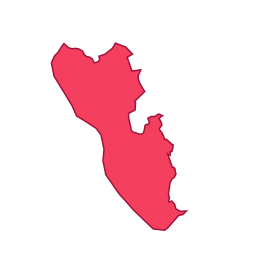 the district of Nkanu East, Enugu, Nigeria, rotated 147°
{"feature_id": "59680162B97802053648263", "entity_name": "Nkanu East", "entity_type": "district", "adm_level": 2, "iso_a3": "NGA", "parent_name": "Nigeria", "parent_adm1": "Enugu", "projection": "albers", "projection_center": [7.631, 6.32], "detail": "fine", "context": "isolated", "style": "filled", "palette": "rose", "viewbox_px": 256, "rotation_deg": 147, "n_neighbors": 0, "source": "geoboundaries", "source_scale": "gbopen_adm2", "svg_char_len": 2157}
<svg xmlns="http://www.w3.org/2000/svg" viewBox="0 0 256 256"><g transform="rotate(147 128 128)"><path d="M102.0,97.6L103.3,98.3L102.8,101.2L102.6,101.9L102.1,105.8L102.6,109.7L100.7,111.1L98.3,111.7L97.5,113.2L96.9,115.8L96.6,119.3L93.5,119.5L92.3,119.5L94.7,123.1L98.8,123.0L100.9,124.1L101.8,124.6L102.8,125.2L103.3,125.1L105.5,125.3L106.1,125.3L106.9,121.7L107.6,120.6L108.5,120.0L111.0,121.1L112.5,120.7L114.4,118.5L116.5,116.5L118.2,115.3L120.3,115.5L122.8,117.8L123.6,119.0L126.4,122.6L126.4,124.7L125.5,126.6L125.4,126.7L125.0,127.5L124.9,128.3L122.5,134.6L122.1,135.7L121.9,135.9L119.8,139.8L119.7,139.9L112.2,139.3L107.8,145.2L108.1,146.7L94.1,149.5L94.1,153.3L93.8,158.3L92.8,163.3L91.0,166.3L85.6,169.8L93.0,173.3L93.7,173.7L93.0,176.1L90.2,187.8L84.0,187.5L85.8,197.1L92.3,206.0L97.6,203.3L107.0,202.4L113.3,204.0L114.0,201.9L115.2,200.4L116.5,199.9L118.4,200.2L120.8,201.1L120.7,203.1L120.3,205.2L121.6,208.4L123.7,210.2L124.8,213.1L124.5,214.1L124.2,217.3L125.9,220.5L126.0,220.6L126.6,221.6L129.2,223.7L130.6,224.3L131.5,224.8L133.1,226.4L134.1,227.6L135.7,233.7L138.7,232.7L143.9,230.3L145.6,229.5L150.4,228.4L153.6,226.4L156.8,224.3L161.8,211.7L162.0,203.8L162.2,197.7L162.3,190.1L162.4,188.9L162.8,176.9L164.6,166.0L161.9,160.6L161.3,159.4L160.0,156.7L157.8,151.8L154.9,145.1L154.4,137.0L154.4,136.6L155.1,135.1L159.7,123.3L166.9,114.0L167.7,112.0L169.5,107.3L172.0,101.0L171.9,96.0L171.7,92.1L171.7,90.1L171.4,80.0L171.1,75.7L170.0,69.9L168.1,56.6L167.4,53.5L164.9,42.7L161.8,29.6L157.6,26.2L153.0,22.3L149.2,22.6L133.1,27.1L129.3,25.6L124.2,26.6L129.4,29.5L130.9,32.3L131.9,34.1L130.4,38.7L131.1,43.0L133.3,43.3L134.1,44.0L131.2,47.0L130.1,50.5L125.7,55.5L122.7,59.1L121.1,60.0L120.2,60.5L119.5,61.0L115.6,61.6L114.8,62.1L112.8,63.3L112.6,63.9L111.7,67.0L111.1,67.3L110.9,68.3L110.8,68.7L110.8,69.2L111.1,69.5L111.0,69.9L111.2,70.4L112.2,70.9L112.1,71.4L111.5,73.6L110.2,78.8L108.9,84.5L108.4,83.2L108.0,83.2L107.5,82.2L105.5,85.1L104.3,84.7L104.2,84.4L103.9,84.5L103.2,85.0L101.0,87.1L99.7,88.8L99.3,89.6L100.3,90.3L100.4,92.1L100.4,92.6L101.1,92.9L101.2,95.1L102.0,97.6Z" fill="#f43f5e" stroke="#9f1239" stroke-width="1.5"/></g></svg>